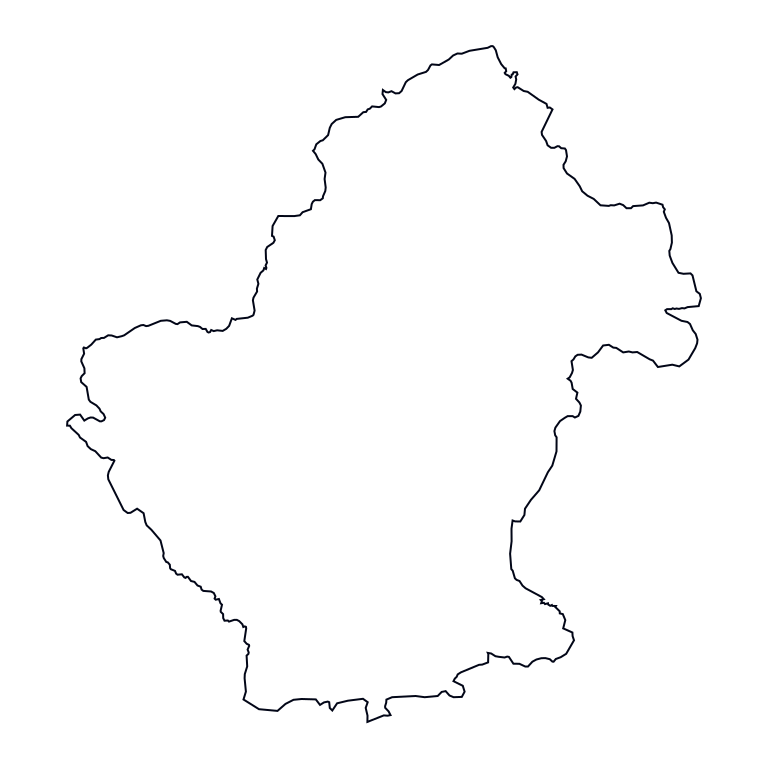 the district of Walikale, Nord-Kivu, Democratic Republic of the Congo
{"feature_id": "63176286B33968238717987", "entity_name": "Walikale", "entity_type": "district", "adm_level": 2, "iso_a3": "COD", "parent_name": "Democratic Republic of the Congo", "parent_adm1": "Nord-Kivu", "projection": "orthographic", "projection_center": [28.228, -1.084], "detail": "fine", "context": "isolated", "style": "outline", "palette": "ink", "viewbox_px": 768, "rotation_deg": 0, "n_neighbors": 0, "source": "geoboundaries", "source_scale": "gbopen_adm2", "svg_char_len": 6038}
<svg xmlns="http://www.w3.org/2000/svg" viewBox="0 0 768 768"><path d="M278.3,216.0L272.6,226.0L272.0,235.9L273.6,236.6L274.8,240.2L273.4,242.8L267.2,247.0L265.7,250.0L266.0,259.1L267.0,262.6L265.6,265.4L266.4,267.9L266.0,269.0L264.2,268.0L263.4,270.4L260.6,272.8L257.3,279.5L258.4,283.8L256.9,288.7L257.1,291.5L253.5,297.6L252.9,300.3L254.6,310.6L253.5,314.8L252.6,315.7L247.8,317.7L236.7,318.9L235.5,319.9L231.9,318.3L229.1,325.9L226.3,328.8L222.7,330.9L217.1,330.3L213.7,331.1L211.2,330.0L210.0,332.1L208.6,332.5L207.5,332.0L205.7,328.9L202.5,329.0L200.0,326.9L197.8,326.1L191.7,325.4L186.8,321.8L180.0,322.4L177.5,324.1L175.8,323.9L170.2,320.9L166.9,320.3L160.8,320.8L148.4,325.8L146.1,326.1L143.4,325.0L140.9,325.3L134.8,328.0L124.2,335.3L121.7,336.2L117.0,337.3L111.7,335.5L108.2,335.3L104.0,337.9L101.2,338.0L99.5,339.1L95.8,339.6L91.3,344.6L87.2,347.8L86.0,348.3L83.9,347.5L83.3,348.3L84.1,353.7L81.4,359.1L81.3,361.4L84.4,368.3L84.6,373.2L81.7,376.1L80.6,378.4L81.2,382.1L86.6,386.9L88.8,399.6L90.4,401.8L96.4,405.4L99.5,408.7L100.7,411.4L103.6,414.1L105.2,417.7L104.0,420.1L101.5,421.3L99.8,421.3L93.1,417.6L90.5,417.5L87.9,418.4L84.3,420.6L80.1,414.6L75.1,415.0L67.4,421.5L67.1,425.6L69.9,425.7L71.4,428.2L78.7,434.9L80.0,437.5L86.1,441.9L87.6,446.1L90.8,449.1L95.3,451.2L101.2,457.6L103.6,458.2L107.7,457.5L111.4,459.9L113.8,460.0L114.4,460.7L108.7,471.9L107.9,475.4L108.3,479.3L123.6,510.0L127.7,513.0L130.5,512.8L137.1,508.7L143.6,513.2L145.3,522.0L146.7,525.4L151.4,529.8L160.5,540.5L163.7,553.1L163.2,556.0L163.8,558.1L166.3,562.0L167.7,562.3L169.8,564.7L170.1,568.1L170.8,569.2L175.0,570.9L176.1,573.6L177.5,574.7L181.9,574.3L184.3,577.4L185.6,577.9L186.5,576.9L187.9,576.8L191.0,581.0L194.5,581.9L197.5,585.5L200.7,586.7L201.6,589.6L203.3,590.9L211.1,591.5L213.8,593.0L215.4,596.3L214.6,598.6L215.7,599.7L218.9,599.0L220.5,603.3L222.0,604.7L220.6,610.8L220.8,611.9L223.1,614.1L223.2,618.1L224.5,620.7L227.8,620.5L229.0,621.6L234.1,619.9L236.9,619.9L239.2,621.1L242.4,624.3L243.3,627.0L244.7,626.4L245.9,626.8L246.2,628.4L244.3,641.1L246.7,643.8L248.9,644.8L249.2,645.9L247.6,649.6L248.7,652.4L248.4,653.9L246.6,655.6L247.2,666.4L244.8,674.1L244.6,678.3L245.9,691.6L243.5,699.5L259.0,709.2L277.5,710.9L285.5,703.9L293.5,699.8L301.6,699.0L315.8,699.4L320.0,704.9L324.0,702.4L327.8,701.6L329.2,702.2L329.8,708.0L332.3,710.5L337.1,703.3L347.9,700.7L363.0,698.8L367.7,702.2L365.7,707.9L367.5,715.6L367.4,721.9L383.8,715.4L387.6,715.7L390.5,715.1L388.6,711.4L385.2,707.8L385.1,706.2L386.2,702.7L386.4,699.6L392.1,697.2L415.6,696.0L424.7,697.2L437.7,696.0L441.7,691.9L445.6,691.1L449.5,695.5L453.6,697.2L461.8,696.9L464.6,691.7L462.8,685.8L453.5,681.2L454.8,678.6L456.7,676.8L457.7,674.4L461.0,672.3L479.1,664.8L482.2,664.6L488.1,662.4L488.3,654.0L487.8,652.9L491.2,653.5L495.4,656.2L498.7,656.8L504.6,657.5L507.2,656.6L508.9,656.9L513.4,663.7L519.4,663.8L525.2,666.5L528.0,666.5L532.4,661.7L536.4,659.5L541.4,658.2L545.4,658.1L549.8,659.2L552.4,661.6L553.6,661.7L555.8,659.0L560.7,657.2L566.2,653.8L574.0,640.3L572.6,636.1L572.4,632.5L563.2,628.4L565.3,620.1L562.8,614.1L559.8,613.4L559.7,611.3L555.3,607.0L555.9,606.0L552.3,605.9L551.9,605.0L550.2,605.8L548.2,604.5L548.0,603.3L545.0,604.1L543.9,602.8L541.2,603.2L541.9,601.1L540.8,600.0L543.8,599.2L541.9,597.1L525.6,588.3L522.5,585.6L519.5,581.0L516.6,579.9L514.9,578.3L512.7,570.7L511.3,569.1L510.1,553.7L511.6,541.3L511.5,528.7L512.6,520.5L515.1,521.4L520.3,521.5L524.4,515.0L525.0,508.7L530.9,499.9L539.2,490.3L547.9,472.2L552.3,465.6L556.5,451.4L556.6,437.3L555.2,435.3L554.4,431.1L555.4,427.6L560.0,421.1L564.8,417.8L567.7,416.1L572.6,416.1L574.9,417.5L578.4,415.9L580.3,411.6L580.9,405.5L579.4,402.5L576.0,398.8L577.4,392.6L572.7,389.0L571.6,382.7L570.5,380.7L567.7,378.7L569.7,377.3L572.0,373.0L572.9,370.0L571.5,361.2L573.5,359.4L575.3,356.4L577.6,354.8L581.5,354.6L588.3,357.4L591.7,357.8L598.0,352.4L603.1,345.5L608.9,344.8L613.3,347.6L616.3,347.9L623.2,352.4L628.8,351.5L632.5,352.4L637.2,352.0L649.7,359.3L653.0,360.6L657.9,367.0L672.3,364.7L679.3,366.4L688.5,359.6L695.2,348.2L697.1,343.3L697.5,339.7L695.7,334.0L692.8,330.3L690.0,324.0L687.5,322.0L681.5,320.8L666.7,313.0L665.3,310.3L667.1,309.1L671.4,309.1L672.7,308.3L674.8,309.0L676.4,308.5L679.0,308.9L682.0,308.1L684.5,308.4L687.6,307.1L698.7,306.1L700.9,298.2L699.8,293.9L696.4,291.3L692.5,275.4L690.5,273.4L683.5,273.8L678.5,272.8L672.4,262.9L669.7,255.6L669.3,250.9L670.4,249.1L671.9,242.6L671.7,235.4L669.0,223.1L666.0,217.8L663.8,211.8L664.8,209.3L663.1,207.2L662.5,204.7L656.1,202.6L652.8,203.2L649.3,202.7L643.0,205.4L633.1,206.1L631.0,208.2L626.5,208.2L623.2,205.1L619.6,203.7L614.2,205.4L610.7,205.2L608.8,205.9L600.5,205.3L593.7,198.9L587.5,195.7L582.2,191.3L579.7,186.2L574.6,178.9L567.0,173.5L563.6,168.1L563.5,164.8L565.7,161.3L567.0,156.4L566.0,150.1L564.9,148.5L561.2,148.2L559.1,146.3L557.4,146.2L554.4,147.8L551.1,147.8L547.6,145.3L546.1,141.0L542.0,134.9L541.6,131.9L552.5,109.4L549.8,107.5L547.6,107.8L546.5,103.9L538.8,99.7L527.7,91.8L523.7,91.0L517.7,87.2L516.1,87.5L514.4,89.1L513.2,87.5L515.4,83.8L516.2,79.4L515.6,76.5L517.5,74.4L516.8,72.2L513.5,72.3L512.7,74.3L511.7,74.6L511.3,77.1L510.4,77.7L508.8,75.8L505.5,74.2L504.7,72.9L506.2,71.2L505.7,68.4L504.6,68.2L501.2,64.1L497.7,57.3L495.8,50.3L493.8,47.1L492.7,46.1L491.1,46.1L487.7,47.8L469.5,50.8L461.8,53.7L457.4,53.5L453.1,55.5L448.8,59.5L439.1,65.0L431.9,64.4L430.5,65.4L428.0,70.0L426.0,71.9L417.7,74.5L407.9,80.2L405.8,82.2L401.6,91.0L399.1,93.2L395.5,93.4L391.5,91.2L388.3,92.4L385.8,92.1L382.9,90.0L382.5,94.1L386.2,99.9L384.8,103.4L381.0,106.5L379.0,107.1L372.1,106.4L369.8,108.7L367.7,109.4L366.1,111.9L363.3,112.2L358.2,116.8L345.3,117.2L336.2,119.9L331.7,124.0L329.8,127.8L328.1,135.1L322.8,140.3L320.4,141.0L316.3,144.3L314.5,149.3L313.0,150.8L315.7,154.1L318.3,159.5L322.4,163.8L325.5,172.6L324.6,179.0L325.7,187.5L325.3,191.0L323.0,196.3L322.8,198.3L320.2,200.2L314.9,200.1L312.9,201.7L311.7,204.1L310.9,209.2L302.6,212.2L299.9,215.3L294.1,216.1L278.3,216.0Z" fill="none" stroke="#020617" stroke-width="2"/></svg>